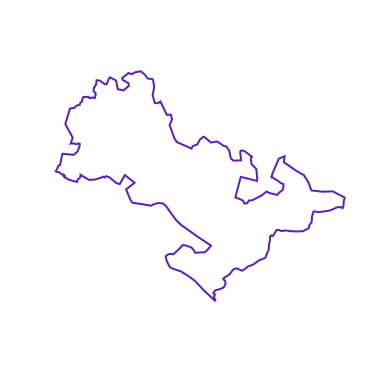 Kankia, Katsina, Nigeria, rotated 293°
{"feature_id": "59680162B50176982462081", "entity_name": "Kankia", "entity_type": "district", "adm_level": 2, "iso_a3": "NGA", "parent_name": "Nigeria", "parent_adm1": "Katsina", "projection": "equal_earth", "projection_center": [7.787, 12.43], "detail": "fine", "context": "isolated", "style": "outline", "palette": "violet", "viewbox_px": 384, "rotation_deg": 293, "n_neighbors": 0, "source": "geoboundaries", "source_scale": "gbopen_adm2", "svg_char_len": 3980}
<svg xmlns="http://www.w3.org/2000/svg" viewBox="0 0 384 384"><g transform="rotate(293 192 192)"><path d="M239.4,336.6L241.7,335.6L246.6,334.7L246.6,334.3L247.6,321.3L245.1,316.0L243.2,311.8L240.1,301.3L246.9,294.8L251.3,288.2L252.2,279.9L255.3,264.9L261.0,263.3L256.6,258.9L240.2,258.9L236.5,259.4L236.8,261.5L236.1,264.0L236.1,266.2L235.4,268.4L234.9,270.1L235.0,273.0L233.1,273.9L231.4,274.5L229.4,274.6L226.4,273.0L225.1,272.4L222.6,271.5L221.3,263.6L221.6,260.5L216.1,257.5L209.5,252.0L209.2,251.8L207.7,250.4L206.5,247.8L205.9,247.7L203.3,247.1L201.8,244.6L203.4,243.2L204.2,240.8L204.0,234.0L225.0,231.0L227.6,247.5L229.7,246.9L229.8,246.8L230.0,246.7L238.2,242.3L239.0,240.6L240.9,236.0L246.0,232.9L247.8,233.5L250.3,223.7L249.1,220.8L249.0,220.7L247.8,220.7L240.3,224.8L237.1,218.1L237.5,216.5L238.1,214.6L241.0,212.6L244.7,210.0L244.7,209.9L247.3,205.9L246.8,203.1L247.5,200.0L248.0,197.2L248.0,196.3L248.3,195.3L247.7,194.4L245.0,190.2L244.9,190.1L247.6,181.7L247.3,180.9L247.2,180.8L243.3,178.8L243.1,178.7L237.9,178.3L236.7,177.1L234.4,174.7L231.8,174.6L232.0,158.8L234.1,155.3L244.8,145.3L251.3,145.2L254.9,142.3L253.2,138.6L258.9,132.3L262.9,127.5L262.0,127.0L261.5,126.7L261.3,126.6L260.6,126.3L260.2,125.3L260.0,124.8L259.4,122.9L265.8,117.9L273.9,116.2L280.4,112.1L279.2,106.6L281.4,103.2L283.1,97.6L280.2,93.2L276.8,90.3L276.7,87.0L269.4,83.2L268.2,84.1L267.3,91.1L265.1,92.4L258.7,89.3L257.7,83.5L264.9,78.5L265.5,71.7L264.1,71.3L257.6,71.2L257.2,69.5L258.5,63.7L257.6,60.5L253.4,61.8L251.4,61.2L250.3,61.4L249.3,61.0L246.8,61.7L244.8,65.1L240.5,65.8L240.1,63.2L238.9,62.0L238.4,60.5L239.2,59.4L238.1,57.4L237.1,54.9L234.8,54.8L232.4,55.3L232.0,55.4L231.1,54.8L230.9,54.6L230.5,54.4L229.3,54.5L228.4,54.6L226.2,51.7L223.5,50.9L221.2,47.1L205.1,48.8L195.4,61.0L189.2,61.4L189.8,62.0L189.9,63.0L190.2,63.8L190.7,64.7L190.5,66.0L190.8,66.8L191.3,67.6L192.1,68.2L192.5,69.1L192.3,70.1L189.0,70.7L184.7,70.8L180.0,68.6L176.6,57.9L173.1,58.4L171.7,58.7L170.1,59.0L167.4,59.6L165.3,60.0L164.5,59.1L162.8,58.6L160.9,58.9L157.8,58.4L157.7,59.2L157.8,60.1L158.2,62.1L158.0,63.4L157.3,65.1L157.9,66.5L157.8,67.5L157.1,68.6L156.4,67.8L155.6,69.2L155.6,70.5L155.6,72.0L155.2,73.7L155.3,75.6L155.7,76.6L155.7,78.9L156.0,79.7L156.3,82.2L157.5,82.0L159.1,82.0L161.1,83.2L162.8,83.3L164.3,82.7L163.9,84.9L163.6,87.6L163.2,90.3L163.0,92.4L163.4,94.0L164.9,96.1L165.3,97.5L167.4,99.9L169.7,102.8L171.4,104.2L171.4,106.2L173.0,106.8L173.3,110.0L170.7,118.8L171.0,122.4L181.4,123.6L178.1,135.5L168.6,130.3L161.0,138.1L158.8,141.4L161.4,151.1L163.3,159.5L166.2,162.0L169.0,165.7L169.4,167.5L169.9,169.1L170.1,169.9L170.1,170.0L168.9,173.6L166.0,178.2L159.8,188.6L157.4,195.0L154.1,210.1L153.6,211.8L150.1,230.4L144.6,228.8L141.7,227.4L140.7,225.8L140.0,223.9L137.3,218.8L138.9,216.6L139.7,215.3L140.2,214.5L140.8,212.3L140.5,209.8L140.3,206.8L139.6,204.3L132.8,201.8L130.5,200.5L127.7,199.4L127.2,198.7L126.3,195.7L125.1,194.4L122.5,192.9L118.5,195.8L114.1,201.1L113.9,204.8L114.6,212.5L113.3,221.3L111.3,229.4L108.7,235.5L106.4,240.5L100.9,255.6L101.4,255.8L103.4,253.9L104.0,253.2L106.7,253.1L107.2,251.2L109.4,251.4L109.7,251.5L111.1,252.5L112.9,254.9L115.1,257.2L116.2,258.2L118.1,258.7L120.9,258.7L122.9,257.2L124.3,254.6L126.9,255.9L130.3,258.5L133.0,259.3L133.5,259.4L136.4,260.1L138.2,261.5L138.8,262.4L139.4,263.5L139.1,265.9L139.1,268.8L139.6,269.2L141.0,270.2L143.2,271.6L144.9,272.2L149.3,276.8L150.3,277.4L152.4,278.7L155.2,280.4L158.6,283.8L159.6,284.9L160.5,285.2L162.2,285.1L165.2,285.1L167.9,285.3L169.7,284.8L174.1,283.3L176.2,282.9L178.2,282.7L181.1,281.3L183.0,281.7L183.0,283.6L185.6,284.1L190.1,284.8L190.9,286.8L191.1,289.7L192.2,291.8L193.2,293.1L194.0,296.1L194.4,298.0L197.6,306.1L199.4,309.6L204.3,313.6L207.8,313.0L210.5,313.9L212.6,313.4L216.1,312.1L221.1,311.5L221.7,311.6L223.0,316.5L228.1,325.1L230.6,327.9L232.3,329.5L233.8,330.7L234.7,331.7L236.2,334.8L235.9,336.9L237.3,336.8L239.4,336.6Z" fill="none" stroke="#5b21b6" stroke-width="2"/></g></svg>